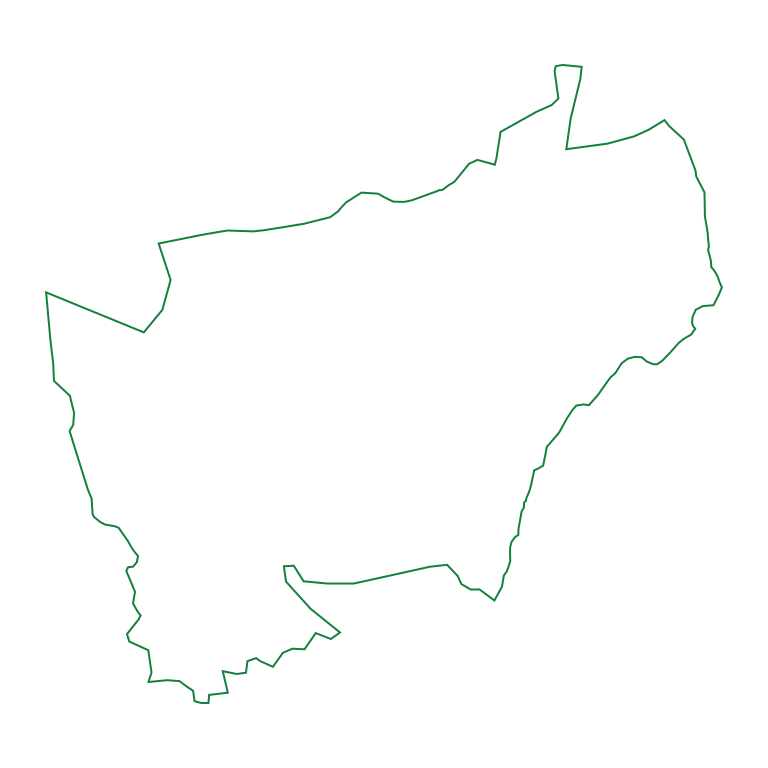 the district of Karaye, Kano, Nigeria
{"feature_id": "59680162B44599338364171", "entity_name": "Karaye", "entity_type": "district", "adm_level": 2, "iso_a3": "NGA", "parent_name": "Nigeria", "parent_adm1": "Kano", "projection": "robinson", "projection_center": [8.014, 11.761], "detail": "fine", "context": "isolated", "style": "outline", "palette": "green", "viewbox_px": 768, "rotation_deg": 0, "n_neighbors": 0, "source": "geoboundaries", "source_scale": "gbopen_adm2", "svg_char_len": 2458}
<svg xmlns="http://www.w3.org/2000/svg" viewBox="0 0 768 768"><path d="M562.2,65.0L555.8,66.1L554.6,71.3L558.4,98.5L551.7,105.0L536.3,111.9L500.4,132.0L500.5,132.3L496.4,158.5L494.8,164.7L477.4,159.9L469.0,163.8L454.5,181.7L448.2,185.5L443.1,189.5L440.7,190.2L439.2,190.1L437.8,190.9L411.8,200.3L404.3,201.9L393.2,201.6L385.0,197.6L378.1,193.7L361.5,192.6L346.1,202.4L339.7,209.2L338.8,210.8L330.2,217.2L303.8,223.8L264.3,230.2L253.3,231.4L227.7,230.5L222.5,231.3L201.6,234.9L158.7,243.5L159.5,246.1L170.6,279.9L162.4,309.8L143.8,332.4L46.1,292.4L50.4,340.0L53.3,364.7L53.9,380.8L69.9,395.8L74.1,412.9L73.2,424.9L69.6,431.0L73.5,443.6L77.5,456.4L88.0,490.0L91.6,498.5L92.6,513.9L93.9,516.8L100.3,522.1L105.0,524.5L114.5,526.2L118.6,527.7L127.9,541.0L131.0,546.6L134.2,551.5L138.0,556.0L136.9,562.1L133.0,566.7L128.1,567.2L126.3,571.0L130.8,581.6L135.0,591.8L133.0,603.4L138.0,612.3L140.6,615.3L138.7,619.3L127.0,634.1L129.3,641.6L148.3,650.2L151.5,672.5L148.5,682.0L167.1,680.2L179.5,681.1L186.2,686.2L193.1,690.8L194.5,701.1L200.8,702.9L208.5,703.0L209.1,694.9L227.8,692.7L222.8,671.2L236.8,674.0L246.0,672.7L247.4,661.2L256.1,658.1L260.3,661.2L272.9,666.8L282.9,652.8L292.4,648.7L304.5,649.3L315.7,633.1L330.8,639.0L340.0,632.5L310.6,608.8L286.0,581.6L283.9,566.3L293.8,565.7L303.6,581.3L326.8,583.5L354.0,583.5L430.1,566.7L447.1,564.8L457.7,576.0L461.4,584.1L470.9,589.6L479.5,589.4L494.4,600.5L501.9,586.8L503.9,575.5L507.0,571.0L508.7,566.2L510.3,560.7L510.1,556.9L510.1,552.4L510.1,547.5L511.5,542.0L514.8,537.3L518.3,534.9L518.5,528.6L520.3,518.9L521.6,511.4L523.9,507.6L524.1,502.4L526.0,500.7L526.3,498.4L529.3,491.4L531.0,485.5L531.8,481.8L532.6,477.8L534.2,470.3L537.4,468.9L543.1,465.7L545.3,455.0L546.8,446.9L558.9,432.9L567.6,417.3L572.3,410.2L576.3,405.6L583.4,404.4L588.8,405.2L597.8,395.2L603.6,386.9L610.3,377.6L615.5,372.9L621.5,363.4L627.8,358.7L634.9,356.8L641.8,357.3L646.7,361.5L653.3,364.3L657.1,364.2L662.0,361.0L669.5,353.3L678.6,343.0L684.4,338.4L691.2,334.6L695.2,328.7L693.2,326.3L692.1,322.9L692.5,317.0L695.8,309.7L702.9,306.1L713.5,305.2L718.6,295.2L721.9,287.4L719.5,282.0L718.0,277.4L715.9,273.2L713.7,269.9L711.3,267.1L711.0,261.3L709.5,255.2L708.1,250.1L708.9,245.7L708.1,239.5L707.7,232.8L704.9,216.4L704.5,192.4L696.3,176.6L695.5,170.6L683.9,139.6L669.0,125.9L664.5,120.1L648.6,129.8L634.0,136.4L607.6,143.6L566.3,149.2L570.6,118.8L580.4,78.6L581.7,66.8L562.2,65.0Z" fill="none" stroke="#15803d" stroke-width="2"/></svg>